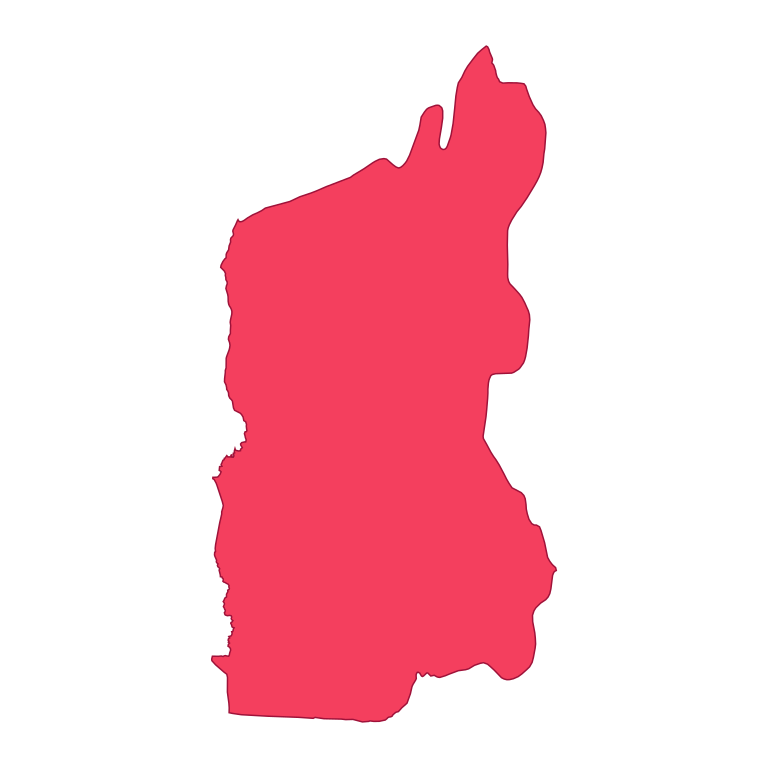 outline of Banteay Srei, Siemréab, Cambodia
{"feature_id": "14789045B44101089408344", "entity_name": "Banteay Srei", "entity_type": "district", "adm_level": 2, "iso_a3": "KHM", "parent_name": "Cambodia", "parent_adm1": "Siemréab", "projection": "natural_earth1", "projection_center": [104.003, 13.597], "detail": "fine", "context": "isolated", "style": "filled", "palette": "rose", "viewbox_px": 768, "rotation_deg": 0, "n_neighbors": 0, "source": "geoboundaries", "source_scale": "gbopen_adm2", "svg_char_len": 6088}
<svg xmlns="http://www.w3.org/2000/svg" viewBox="0 0 768 768"><path d="M212.4,656.2L211.7,659.1L211.9,660.7L215.5,664.7L224.1,672.2L226.8,674.2L227.5,677.4L227.4,692.1L228.9,703.2L229.2,707.8L229.1,712.7L232.4,713.4L241.3,714.7L267.8,716.2L298.4,717.3L313.2,718.3L315.1,717.4L323.9,718.7L341.6,719.1L345.6,719.6L352.9,719.4L362.4,721.9L368.8,721.4L369.9,720.9L373.8,721.4L379.3,721.3L385.3,720.0L386.9,718.7L387.8,717.7L388.9,717.1L390.9,716.8L392.3,716.0L392.9,714.8L395.1,712.9L396.1,712.2L398.4,711.6L401.9,707.7L407.0,703.2L410.4,693.7L412.0,686.6L413.0,684.4L415.5,680.3L416.3,678.6L416.1,676.0L416.2,674.3L417.2,672.4L418.1,672.2L419.9,673.2L420.5,674.5L421.5,676.0L422.4,676.5L423.5,676.0L426.7,673.0L427.8,673.0L430.8,676.0L434.2,675.3L436.9,676.8L438.1,677.2L439.9,677.4L445.4,675.7L449.2,674.1L458.3,670.7L465.6,669.7L468.7,668.8L474.5,665.3L480.3,663.3L483.5,662.7L487.6,664.2L490.4,666.6L494.2,670.1L501.5,677.7L504.1,679.0L506.9,679.7L509.6,679.6L513.4,678.7L518.2,676.6L522.0,673.8L526.6,669.7L529.6,666.8L532.1,662.4L533.4,657.4L535.1,648.3L535.6,644.0L535.3,638.0L534.8,632.9L532.7,621.7L532.5,615.3L534.0,610.7L535.9,607.7L540.6,603.1L545.7,599.7L548.1,597.0L549.8,593.6L550.9,588.8L552.6,575.3L553.8,572.3L554.9,571.2L556.3,570.5L555.6,567.6L552.9,565.2L551.8,564.0L549.7,561.2L547.6,557.4L544.6,542.7L541.0,530.5L539.5,526.8L536.5,525.1L534.1,525.0L531.7,523.6L529.0,519.4L527.3,513.9L526.3,509.2L526.0,504.4L525.2,498.7L523.9,495.5L521.3,492.7L512.0,487.8L508.8,483.0L506.5,479.0L504.1,474.2L499.1,464.8L495.9,459.7L493.5,456.4L490.8,452.1L486.8,444.6L483.4,438.6L483.1,436.2L486.0,416.7L486.7,409.5L487.6,398.6L487.9,393.1L487.9,389.2L488.4,383.1L489.0,380.0L489.8,377.8L490.3,376.9L490.8,375.6L492.4,374.5L495.6,373.7L511.6,373.1L513.8,372.3L518.8,369.1L520.1,367.7L523.5,362.9L524.7,359.8L525.6,356.5L527.1,348.1L528.4,335.9L528.8,329.6L529.8,319.8L529.4,314.7L528.3,310.8L526.9,307.7L524.8,302.9L521.9,297.4L519.6,294.3L514.5,288.6L509.9,283.8L508.6,281.3L507.7,277.5L507.6,274.4L507.8,264.3L507.3,245.1L507.6,230.6L508.2,227.8L509.4,224.6L511.7,220.0L516.9,211.7L521.2,206.4L527.1,197.7L534.3,185.8L537.0,181.0L539.0,176.9L540.8,172.3L542.0,168.0L543.1,162.5L543.9,153.8L544.7,148.9L545.9,132.9L545.5,128.5L544.9,124.4L543.5,120.5L541.2,115.7L538.8,112.4L535.5,108.8L532.9,104.7L529.3,96.7L526.6,89.1L525.8,86.2L524.0,83.8L520.9,83.3L517.0,82.9L508.3,82.8L502.8,83.1L499.6,81.7L498.5,79.1L497.6,78.1L496.8,76.3L495.9,72.8L495.6,70.5L493.9,65.7L493.4,64.7L491.8,62.9L492.5,59.8L492.3,58.4L489.6,52.0L489.0,49.5L487.6,46.8L486.2,46.1L481.9,49.5L477.6,53.3L473.1,59.0L467.7,66.2L464.9,70.9L461.8,77.5L458.4,82.8L457.3,87.4L455.9,95.9L454.7,108.4L453.1,123.5L451.1,134.8L450.3,137.7L447.3,146.2L446.2,148.1L445.2,149.0L444.2,149.4L442.9,149.5L441.4,148.7L440.5,148.0L439.6,146.1L439.1,144.0L439.4,139.1L441.4,127.4L442.7,118.2L442.7,110.9L441.9,108.0L441.0,107.0L439.0,105.4L437.2,105.2L435.6,105.4L430.4,107.2L428.4,108.0L426.6,109.3L424.4,112.1L421.2,117.1L419.9,125.1L418.8,130.2L409.6,155.2L406.7,161.0L405.0,163.3L402.8,165.7L400.7,167.3L398.8,168.0L397.5,167.6L395.7,166.8L392.9,164.7L386.5,159.1L383.9,158.6L379.4,159.3L375.2,161.3L372.7,162.8L363.9,168.8L353.6,175.0L350.4,177.4L326.4,186.6L316.0,191.1L311.1,193.0L300.0,196.7L289.8,201.5L265.3,208.1L261.7,210.6L257.2,212.9L252.8,214.8L247.7,217.8L244.1,220.4L242.0,221.5L239.9,221.8L238.5,220.8L238.0,219.7L237.4,220.7L235.6,224.9L233.1,229.8L232.8,231.1L233.5,234.0L233.3,235.5L230.9,238.1L230.5,239.5L230.6,242.1L229.1,245.9L228.6,249.8L226.8,252.7L226.2,254.3L226.1,257.8L224.8,258.9L222.9,261.5L221.1,265.2L220.7,267.4L224.3,271.0L225.5,273.5L225.3,275.4L225.9,277.9L225.8,279.1L226.2,280.3L227.1,281.7L227.2,284.0L226.5,285.6L225.9,288.5L227.7,294.4L228.1,296.8L228.2,301.5L228.7,304.3L229.4,305.9L230.5,307.6L231.4,309.5L231.9,311.6L231.8,314.1L230.5,319.9L230.2,322.3L230.7,325.5L230.4,330.0L230.4,333.5L228.7,336.8L228.4,339.3L229.6,342.7L230.0,345.3L229.6,348.1L229.1,350.0L226.6,356.7L226.2,358.3L226.1,367.9L225.3,370.4L225.3,372.4L224.6,378.7L224.5,381.8L226.0,384.8L226.6,387.5L226.7,389.4L227.9,391.2L228.5,392.8L228.7,395.7L229.8,398.1L231.5,399.8L232.4,401.1L233.5,408.0L234.6,410.3L240.3,413.2L241.6,414.6L243.1,417.1L243.8,420.6L245.7,421.8L246.5,424.4L246.3,426.2L246.6,428.9L246.9,430.6L246.4,431.6L245.1,431.8L244.4,433.7L245.0,435.7L245.4,437.7L246.2,439.9L245.7,441.9L244.6,441.9L241.7,442.6L240.6,443.9L240.7,445.0L242.3,447.7L240.6,449.2L240.5,450.7L238.6,451.0L235.5,450.2L235.0,448.6L234.3,451.1L234.6,452.9L233.4,453.2L233.9,455.9L233.3,457.2L232.1,457.2L231.9,454.8L230.9,455.3L231.2,456.9L227.8,456.9L226.8,455.6L225.9,456.8L225.5,457.8L224.3,458.3L224.2,459.6L222.9,460.3L221.8,463.2L221.1,464.4L221.9,466.3L219.6,466.6L219.2,470.4L220.5,471.1L221.1,471.8L220.0,474.4L217.9,476.9L216.6,477.2L212.9,477.3L212.8,478.7L214.1,479.4L216.1,483.0L217.0,485.4L222.3,501.5L223.3,505.5L222.9,507.7L221.7,511.8L221.7,514.1L219.7,522.8L215.6,544.6L215.2,548.4L215.5,551.7L214.7,552.2L214.5,554.9L214.9,556.3L216.6,560.2L216.3,561.9L217.1,563.1L218.0,563.9L217.4,565.3L217.8,566.7L218.9,567.5L219.7,568.8L219.1,570.1L220.3,574.9L220.4,576.7L221.9,576.9L222.3,578.0L223.1,578.6L223.3,579.9L222.9,581.3L224.0,582.2L224.9,582.4L226.5,583.4L227.9,584.0L229.1,585.6L228.8,586.9L229.4,588.3L229.1,589.3L227.7,590.2L227.9,591.6L226.5,594.2L226.5,597.0L225.1,597.8L224.5,598.9L224.0,600.3L223.2,601.6L224.1,602.7L224.5,604.0L223.4,606.7L224.2,607.8L224.7,609.4L225.3,610.1L225.1,611.8L224.4,612.5L224.7,614.0L225.3,615.0L227.3,615.7L229.7,615.4L231.1,615.7L231.7,617.0L231.2,618.6L231.7,619.7L232.9,620.6L232.0,622.0L231.0,622.5L230.8,623.6L231.6,624.7L231.7,625.8L232.2,627.1L234.1,627.8L233.3,629.0L233.1,630.5L232.6,631.6L231.7,631.7L232.1,633.1L231.8,634.8L230.9,636.0L228.8,636.5L229.7,637.9L228.5,638.7L228.1,640.2L228.9,641.2L228.3,642.2L229.5,643.1L228.4,644.3L228.0,646.2L229.5,647.2L230.5,648.8L230.6,650.3L229.7,652.9L229.3,655.1L228.6,656.2L226.8,656.0L225.4,655.6L224.1,655.9L223.1,656.5L221.3,656.0L218.5,656.3L212.4,656.2Z" fill="#f43f5e" stroke="#9f1239" stroke-width="1.5"/></svg>